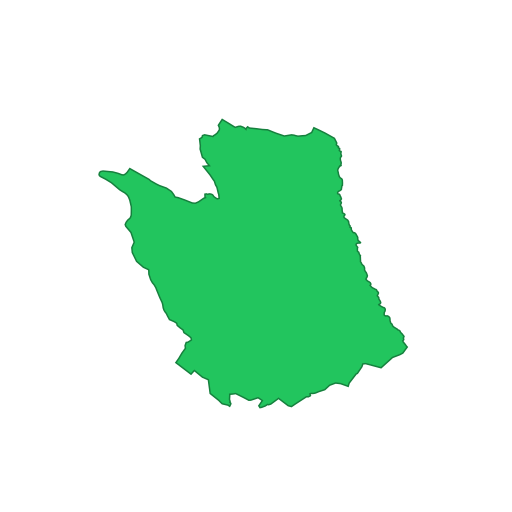 Otmah, Dhamar, Yemen, rotated 124°
{"feature_id": "15242507B73585871072840", "entity_name": "Otmah", "entity_type": "district", "adm_level": 2, "iso_a3": "YEM", "parent_name": "Yemen", "parent_adm1": "Dhamar", "projection": "equal_earth", "projection_center": [43.928, 14.474], "detail": "fine", "context": "isolated", "style": "filled", "palette": "green", "viewbox_px": 512, "rotation_deg": 124, "n_neighbors": 0, "source": "geoboundaries", "source_scale": "gbopen_adm2", "svg_char_len": 6130}
<svg xmlns="http://www.w3.org/2000/svg" viewBox="0 0 512 512"><g transform="rotate(124 256 256)"><path d="M357.1,292.2L356.9,291.3L356.2,287.4L356.1,285.9L356.1,284.1L357.6,282.5L357.7,281.6L357.8,280.5L358.0,278.7L358.1,275.1L359.8,272.9L359.8,267.7L360.0,265.3L360.2,264.1L361.2,263.0L361.8,262.6L365.5,264.2L366.7,265.5L369.9,264.7L372.0,262.9L377.9,263.1L384.0,262.7L389.2,262.8L390.3,243.8L385.4,243.1L386.4,232.6L385.2,226.3L395.6,217.1L396.5,206.1L397.1,203.3L397.4,201.4L395.3,195.8L395.3,193.8L393.2,194.1L392.6,194.2L392.2,194.6L392.0,195.2L391.9,196.0L391.1,196.1L389.7,197.8L386.3,199.8L385.3,200.5L383.6,198.3L381.4,195.9L380.8,191.6L380.2,186.9L379.6,181.3L378.4,179.7L372.3,175.0L372.3,169.9L376.2,169.9L378.6,169.9L379.5,167.9L378.3,166.7L375.0,164.4L372.7,163.5L372.5,162.9L372.3,162.4L370.4,160.9L361.4,157.7L362.1,145.6L361.0,142.4L356.5,140.6L344.5,135.5L343.4,133.8L341.5,132.8L341.1,132.9L340.2,134.2L339.3,133.7L337.7,131.4L336.2,130.0L333.3,128.1L328.3,124.2L322.0,122.7L316.8,119.0L314.5,114.5L314.1,113.0L312.5,106.7L309.3,107.7L297.8,107.0L296.6,106.3L288.6,106.3L285.7,107.1L283.9,104.9L278.7,89.8L267.5,87.0L263.8,86.1L257.4,81.6L254.4,80.0L249.1,79.8L246.9,79.7L246.6,81.0L245.9,82.7L245.3,84.7L244.9,86.0L244.2,87.0L243.6,86.8L242.8,86.7L242.3,87.1L241.6,88.0L241.1,88.1L240.1,88.2L239.8,88.5L239.3,90.1L238.9,91.2L238.5,93.3L238.1,94.1L237.7,94.6L237.6,95.7L237.8,96.6L237.9,97.5L237.6,98.3L237.7,98.7L237.8,100.8L237.8,102.1L237.7,103.1L237.2,104.1L236.4,105.3L236.4,106.1L236.3,106.7L235.4,107.8L234.7,108.7L233.2,109.8L232.4,110.6L232.1,111.5L232.0,112.3L232.1,113.4L232.5,114.1L233.2,114.8L233.4,116.1L233.1,116.9L232.3,117.4L231.1,118.1L229.7,118.2L228.3,118.8L227.7,119.3L227.3,120.1L227.2,120.9L227.5,121.5L227.8,124.4L227.8,126.8L227.6,127.1L227.0,126.7L226.2,126.4L225.1,126.4L224.6,126.9L224.0,127.7L223.5,128.8L223.2,129.7L222.7,130.3L222.0,130.8L221.6,131.5L221.4,132.8L221.0,133.3L220.1,133.4L219.3,133.5L218.4,133.7L217.8,134.2L217.6,134.9L217.5,135.9L217.0,136.6L216.7,137.3L216.7,138.1L217.0,138.7L217.0,140.2L217.2,141.2L217.2,142.8L216.8,144.1L216.5,145.0L215.7,144.9L215.4,144.9L214.7,145.5L214.3,146.3L214.2,147.3L214.2,148.3L214.4,149.4L213.9,151.7L212.9,152.2L212.0,152.1L211.0,152.3L210.1,152.6L209.4,153.5L208.8,154.3L208.2,155.2L207.8,156.3L207.4,157.2L207.0,158.1L206.5,158.4L205.2,159.3L204.2,160.7L203.9,161.4L203.9,162.5L203.5,164.0L203.0,164.5L202.5,165.7L202.2,166.3L201.6,166.6L200.6,167.4L199.5,168.2L198.8,168.7L198.2,169.3L197.4,169.5L197.2,170.1L196.8,171.1L196.4,171.8L195.9,172.3L195.4,173.0L195.4,173.8L195.3,174.6L193.2,176.1L192.0,176.5L191.9,176.7L191.7,177.5L191.3,178.6L190.9,179.2L190.3,179.6L189.6,179.5L189.0,179.3L188.4,178.8L187.9,178.2L187.3,177.3L186.7,176.8L186.4,176.9L186.3,177.6L186.1,178.2L186.1,179.9L185.7,180.4L185.0,181.2L183.9,181.9L183.2,182.8L182.9,183.6L182.3,184.7L181.8,185.7L181.6,186.6L181.7,187.5L182.2,188.2L182.2,188.6L181.2,191.2L180.4,192.1L179.6,192.6L179.3,193.1L179.6,194.1L179.4,194.3L178.8,194.6L178.3,195.0L178.2,195.8L177.6,196.7L176.7,197.6L175.7,198.5L175.0,200.1L175.0,203.5L174.9,204.4L174.3,205.1L173.5,205.4L172.9,205.4L172.6,205.3L172.1,205.3L171.7,205.9L171.7,206.9L171.9,208.5L171.6,208.7L170.8,209.3L170.1,210.0L169.7,210.4L169.3,210.6L168.6,211.1L168.1,211.6L167.6,212.2L167.4,212.9L166.7,214.2L166.4,214.6L164.4,214.9L164.0,215.1L163.7,215.5L163.5,216.2L163.5,217.0L163.4,217.3L163.2,217.5L162.7,217.2L162.2,217.0L161.9,217.1L161.5,217.1L160.9,217.1L160.6,217.6L160.2,218.0L159.8,218.5L159.3,219.4L158.9,220.2L158.5,220.6L158.3,221.0L158.2,221.5L158.3,221.7L158.6,222.4L158.6,223.0L158.3,223.5L157.6,223.8L157.0,223.9L156.2,223.7L154.8,222.9L153.6,222.5L152.9,222.5L152.3,222.9L151.5,223.2L150.0,224.0L149.5,223.9L149.0,223.9L148.2,224.5L147.3,225.0L144.9,226.8L144.3,227.6L144.1,228.1L144.1,229.1L144.1,230.0L143.6,231.3L142.0,233.4L141.0,234.3L139.6,235.9L138.7,236.5L136.2,236.9L135.3,236.7L134.4,236.9L134.1,236.6L133.9,236.2L133.3,236.1L133.0,236.6L132.5,236.8L131.9,237.0L131.6,237.2L130.7,237.8L130.4,238.2L129.6,239.3L128.3,240.5L127.4,240.9L126.8,241.1L126.3,241.0L125.8,240.9L125.4,241.0L124.9,241.4L124.3,242.3L123.7,242.9L122.0,243.7L121.8,243.9L121.9,244.4L122.0,244.6L122.0,245.2L122.1,245.6L121.9,246.0L120.5,246.4L120.1,246.8L120.1,247.0L120.1,247.3L120.2,247.7L120.3,248.1L120.2,248.4L119.1,248.9L119.2,250.6L118.9,251.6L117.2,252.2L114.6,256.8L115.5,267.6L116.5,274.7L117.3,279.7L122.5,278.9L128.4,282.2L130.3,284.7L133.2,288.2L134.0,290.2L134.6,292.1L135.7,294.3L140.7,299.6L143.0,308.0L143.8,311.6L144.9,316.9L147.6,321.5L150.5,327.3L153.6,333.0L153.6,335.2L155.9,335.5L156.6,335.2L156.3,337.1L156.4,338.6L157.0,341.3L158.2,342.9L161.0,345.2L161.7,360.4L168.7,360.3L169.8,358.5L171.0,357.4L172.1,356.9L175.8,356.9L178.1,357.6L180.1,358.5L181.0,358.5L184.3,366.4L186.1,367.7L187.9,367.1L190.5,368.3L192.3,366.7L195.7,363.8L198.6,362.1L204.1,355.6L204.3,352.3L206.1,349.0L207.2,345.1L211.2,349.9L212.5,345.7L214.4,339.6L216.6,334.2L217.2,332.4L219.6,329.4L220.9,326.8L224.8,322.6L225.7,321.4L228.7,318.8L230.2,319.9L230.4,320.8L230.4,323.5L230.2,324.5L229.8,325.4L229.6,326.0L229.6,327.0L230.0,328.3L230.7,329.6L231.8,330.4L232.3,331.9L233.3,332.9L236.1,330.9L236.1,330.7L237.3,331.6L243.2,333.9L246.2,335.8L247.7,338.5L249.4,346.3L251.2,353.3L252.4,356.0L251.1,358.6L249.8,362.2L249.8,364.0L249.8,368.2L251.6,375.3L252.1,378.9L252.6,385.5L252.3,387.5L254.1,409.5L258.8,409.6L261.1,410.1L262.9,411.1L263.7,412.7L264.6,416.5L266.4,421.7L271.1,430.3L272.3,431.5L273.1,432.2L274.6,432.3L276.2,431.7L276.9,430.8L277.1,429.5L276.4,423.6L276.1,416.9L277.3,406.1L277.2,402.5L277.0,400.4L277.3,397.5L278.0,395.3L279.0,393.7L280.3,391.8L284.9,386.9L288.1,384.7L292.0,382.2L294.5,381.6L295.4,381.7L298.0,382.4L300.7,382.5L303.1,382.0L304.2,380.5L306.4,372.8L312.6,364.7L318.5,363.6L322.3,360.5L327.2,352.0L328.3,343.1L327.4,337.4L328.2,336.6L331.0,334.6L334.5,330.1L336.1,326.9L336.8,324.4L338.3,321.3L339.5,319.6L344.3,312.4L347.1,307.7L348.5,306.1L350.9,303.9L352.3,302.0L353.2,300.1L353.8,298.2L355.3,295.6L357.0,292.3L357.1,292.2Z" fill="#22c55e" stroke="#15803d" stroke-width="1.5"/></g></svg>